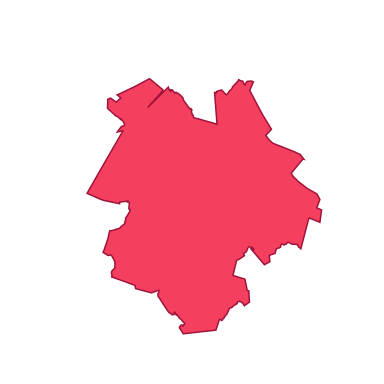 San Pedro del Gallo, Durango, Mexico (Robinson projection), rotated 323°
{"feature_id": "50627088B85751357503772", "entity_name": "San Pedro del Gallo", "entity_type": "district", "adm_level": 2, "iso_a3": "MEX", "parent_name": "Mexico", "parent_adm1": "Durango", "projection": "robinson", "projection_center": [-104.46, 25.641], "detail": "fine", "context": "isolated", "style": "filled", "palette": "rose", "viewbox_px": 384, "rotation_deg": 323, "n_neighbors": 0, "source": "geoboundaries", "source_scale": "gbopen_adm2", "svg_char_len": 5898}
<svg xmlns="http://www.w3.org/2000/svg" viewBox="0 0 384 384"><g transform="rotate(323 192 192)"><path d="M76.7,211.4L90.2,232.1L88.8,235.2L99.0,248.2L106.9,250.6L106.4,250.7L105.8,251.5L105.5,251.8L104.4,252.4L103.7,252.6L103.0,253.4L102.3,254.8L102.1,255.2L102.0,255.6L102.2,256.0L101.6,263.3L101.0,274.4L101.4,274.7L101.6,275.1L101.7,275.9L101.7,276.0L101.8,276.3L101.8,276.5L101.9,276.9L102.1,277.1L102.2,277.8L102.2,278.1L103.2,278.7L103.6,279.0L103.9,279.1L104.7,278.5L105.1,277.9L105.4,277.6L105.6,277.5L105.8,277.6L106.0,278.0L105.4,280.4L105.4,280.7L105.6,280.9L105.8,281.1L106.3,281.1L106.4,281.3L106.1,281.8L106.1,282.0L106.1,282.8L106.2,283.2L106.2,283.6L106.2,283.9L106.0,284.4L105.9,284.8L106.2,285.9L106.7,287.7L106.7,290.1L106.8,290.6L107.0,291.3L107.1,292.0L107.2,292.5L107.0,292.8L106.3,293.2L106.2,293.2L105.8,293.1L105.6,293.0L105.4,293.0L105.0,293.2L104.3,293.7L104.2,293.7L104.2,293.4L104.0,293.2L104.0,292.9L103.9,292.8L104.0,292.2L103.7,292.0L103.3,291.8L103.0,291.7L102.8,291.8L102.6,292.0L102.4,292.1L101.4,292.0L100.9,292.2L100.9,292.7L100.8,292.9L100.6,293.0L100.2,293.0L99.7,300.0L128.0,316.7L137.4,310.2L137.7,310.6L138.0,311.4L138.2,312.0L138.3,312.2L138.6,312.5L138.8,312.6L139.2,312.5L140.7,311.9L141.3,311.8L141.8,311.9L142.2,311.8L143.0,311.4L143.5,311.1L144.0,311.0L144.7,310.8L145.4,310.7L145.8,310.8L146.1,310.7L146.5,310.4L146.9,310.1L147.4,309.8L147.8,309.8L148.4,309.4L149.0,309.2L149.6,308.9L149.8,308.6L150.1,308.4L150.4,308.4L151.2,307.8L151.5,307.7L152.2,307.7L152.9,307.6L153.2,307.6L153.5,307.8L154.1,308.1L154.6,308.2L155.2,308.1L156.2,307.8L157.0,307.9L157.4,307.8L158.0,308.0L158.9,308.3L159.7,308.2L160.1,307.8L160.5,308.2L160.7,308.3L160.9,308.3L161.2,308.0L161.7,307.4L162.3,307.3L162.7,307.3L163.4,307.8L163.7,307.8L164.1,307.8L164.4,308.1L164.7,308.6L165.2,309.9L165.6,310.9L165.6,311.5L165.5,311.8L165.6,312.0L165.6,312.5L165.3,313.4L165.4,314.3L171.7,314.5L172.6,313.0L177.9,305.1L176.9,303.8L181.8,293.4L174.5,283.3L186.4,273.5L189.5,274.1L195.6,274.4L196.0,272.2L199.5,272.4L203.1,270.3L204.3,269.9L206.8,272.5L206.9,276.0L204.8,272.1L206.1,293.7L212.3,294.5L215.4,289.3L215.9,289.6L216.1,289.6L216.6,289.4L217.0,289.2L217.2,289.5L218.8,290.2L221.5,291.0L222.1,290.5L222.7,289.9L222.9,289.8L225.3,288.1L228.2,289.2L229.2,289.3L229.8,289.2L230.7,288.2L231.2,287.8L232.1,287.6L232.6,287.7L233.1,288.4L233.3,289.1L233.4,289.4L233.6,289.7L234.0,289.8L234.4,289.7L234.9,289.9L235.4,290.2L237.7,290.0L238.4,290.1L238.9,290.6L239.3,291.1L239.7,292.1L240.0,293.1L240.3,293.6L241.8,295.0L243.0,295.9L244.1,296.9L244.6,297.7L244.2,298.3L244.1,298.7L244.1,299.4L244.1,300.3L244.4,301.1L244.7,302.9L268.2,284.3L269.8,283.3L271.7,286.1L275.9,293.2L284.7,284.3L282.1,279.7L289.6,275.0L290.6,268.7L286.3,258.9L283.2,247.6L282.2,240.4L282.3,238.6L282.6,236.7L300.6,232.4L301.1,233.1L301.0,226.9L300.0,225.4L298.3,222.0L285.9,201.7L285.0,197.2L285.0,191.2L293.2,189.7L294.9,172.5L299.2,145.7L307.3,141.0L307.0,140.6L306.8,140.0L306.6,139.6L306.4,139.3L305.7,138.7L305.1,138.4L304.4,137.9L303.8,137.6L303.2,137.1L302.7,136.9L302.0,137.0L301.3,137.2L300.5,137.4L299.9,137.6L299.6,137.8L299.3,138.3L299.0,138.5L298.7,138.0L298.6,137.7L298.5,137.4L298.5,136.9L298.5,136.4L298.9,135.6L299.2,133.8L298.0,133.0L297.8,132.5L297.2,131.0L297.1,130.7L297.0,130.4L296.7,130.4L296.4,130.6L296.2,130.9L294.1,131.3L293.7,131.4L293.3,131.6L293.0,131.7L292.3,131.6L292.2,131.8L291.8,131.7L287.5,132.5L287.3,132.9L287.0,133.0L286.7,133.1L286.1,133.4L285.3,133.7L282.7,133.8L282.1,134.0L281.8,134.2L280.9,134.3L280.6,134.6L280.1,134.9L279.7,135.1L278.9,135.0L278.3,134.8L277.8,134.9L277.1,128.3L272.1,126.5L271.3,127.5L269.9,126.1L252.8,152.9L240.4,136.5L237.9,133.6L238.2,133.3L239.1,131.4L239.1,130.9L239.0,130.6L238.9,130.2L239.0,129.8L239.3,129.1L240.0,127.2L240.4,126.9L241.3,126.5L241.3,124.7L240.4,124.6L240.3,121.7L240.5,113.4L240.6,112.8L241.4,111.6L241.4,111.2L241.1,108.1L240.3,104.9L240.0,104.4L239.2,103.1L239.2,102.7L237.9,102.8L237.7,98.5L237.4,98.2L237.1,98.1L236.9,98.2L235.6,99.1L235.3,98.8L235.4,98.4L236.1,97.0L235.7,96.8L235.2,96.5L236.2,94.0L221.3,96.0L209.6,97.6L207.4,97.8L227.3,94.0L229.6,93.5L230.3,93.0L226.3,75.9L211.2,73.6L205.9,72.6L194.2,70.2L190.6,69.4L191.8,74.0L185.6,74.6L183.5,68.0L180.5,67.3L174.9,74.3L175.1,75.6L176.7,83.7L176.8,85.1L177.7,86.7L178.3,88.6L178.6,89.9L178.4,90.0L178.8,90.9L178.7,91.1L179.6,91.3L179.1,91.9L179.4,93.5L179.7,94.1L178.6,97.8L177.0,98.0L176.2,97.6L176.1,97.8L175.0,97.2L168.4,99.1L173.5,101.4L173.5,101.7L132.0,119.3L107.4,129.9L111.2,136.7L114.0,141.9L116.5,145.6L117.4,146.7L117.5,146.8L127.1,157.8L128.2,156.6L134.6,160.2L134.4,160.2L134.3,160.4L134.2,160.6L134.2,160.8L135.4,162.2L135.6,162.7L135.6,162.8L135.4,163.1L134.6,163.8L134.3,164.3L133.8,164.8L133.4,165.2L132.6,166.1L132.0,166.8L131.5,167.4L131.4,167.5L131.5,167.7L131.7,167.9L132.0,168.0L132.1,168.3L132.0,168.5L130.7,169.9L129.9,170.4L129.0,170.7L128.5,171.0L128.1,171.1L127.8,171.2L127.3,171.4L126.4,171.9L123.2,172.9L123.0,173.0L122.2,174.4L121.6,174.7L120.4,175.3L120.0,175.9L119.8,176.5L119.0,176.8L115.4,176.9L114.0,177.0L112.4,177.4L109.7,176.3L109.3,176.2L108.9,176.0L108.4,176.0L107.5,175.6L106.2,175.3L105.4,174.8L104.3,174.4L103.3,173.5L102.9,173.5L101.5,174.7L101.0,175.0L98.7,177.0L97.3,178.2L96.5,178.9L86.3,185.8L85.7,186.0L85.2,186.2L84.6,186.9L85.4,188.1L85.3,188.7L85.5,189.2L85.7,189.5L86.0,189.7L86.2,190.1L86.2,190.8L86.7,192.0L86.9,192.2L87.7,192.7L88.2,192.9L88.8,193.0L89.2,193.4L89.3,193.8L89.5,195.4L89.5,195.8L89.3,196.3L89.1,197.3L89.1,198.0L89.1,198.5L88.9,199.0L88.7,199.4L88.7,200.5L88.3,201.0L88.2,202.0L88.0,202.3L87.8,202.4L87.6,202.4L87.4,202.7L87.2,202.9L87.1,203.4L86.8,203.6L85.6,205.0L84.7,206.1L84.2,206.4L81.8,206.6L81.4,206.7L80.7,207.0L80.1,207.0L79.8,207.2L79.2,207.8L78.9,208.2L78.6,208.9L78.4,209.5L78.1,209.9L77.9,210.7L76.7,211.4Z" fill="#f43f5e" stroke="#9f1239" stroke-width="1.5"/></g></svg>